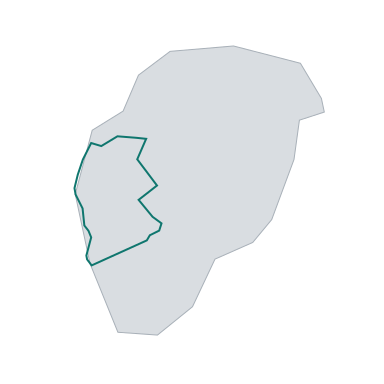 location of Flacq within Mauritius, rotated 190°
{"feature_id": "MUS-5184", "entity_name": "Flacq", "entity_type": "District", "adm_level": 1, "iso_a3": "MUS", "parent_name": "Mauritius", "parent_adm1": "", "projection": "natural_earth1", "projection_center": [57.71, -20.212], "detail": "fine", "context": "in_parent", "style": "outline", "palette": "teal", "viewbox_px": 384, "rotation_deg": 190, "n_neighbors": 0, "source": "natural_earth", "source_scale": "10m", "svg_char_len": 761}
<svg xmlns="http://www.w3.org/2000/svg" viewBox="0 0 384 384"><g transform="rotate(190 192 192)"><path d="M238.0,326.7L176.5,343.0L107.6,337.6L80.8,306.6L75.6,293.7L98.7,281.4L97.2,241.7L108.7,178.7L123.4,152.9L157.7,129.9L171.6,79.1L201.2,45.1L240.6,41.0L279.9,103.6L306.6,169.5L301.0,235.5L273.9,259.7L265.0,297.8L238.0,326.7Z" fill="#d9dde1" stroke="#a8b0b8" stroke-width="1"/><path d="M278.1,102.3L283.6,107.4L285.0,111.1L283.4,129.8L287.2,135.8L292.2,140.3L296.9,156.8L306.2,169.3L308.4,175.4L307.5,189.2L305.1,205.1L299.8,222.7L289.3,221.5L275.1,233.9L256.3,235.7L246.4,236.4L251.6,214.7L227.6,192.3L243.2,175.0L226.5,160.7L216.6,155.8L216.9,153.5L217.6,148.3L226.0,142.1L228.1,136.5L278.1,102.3Z" fill="none" stroke="#0f766e" stroke-width="2"/></g></svg>